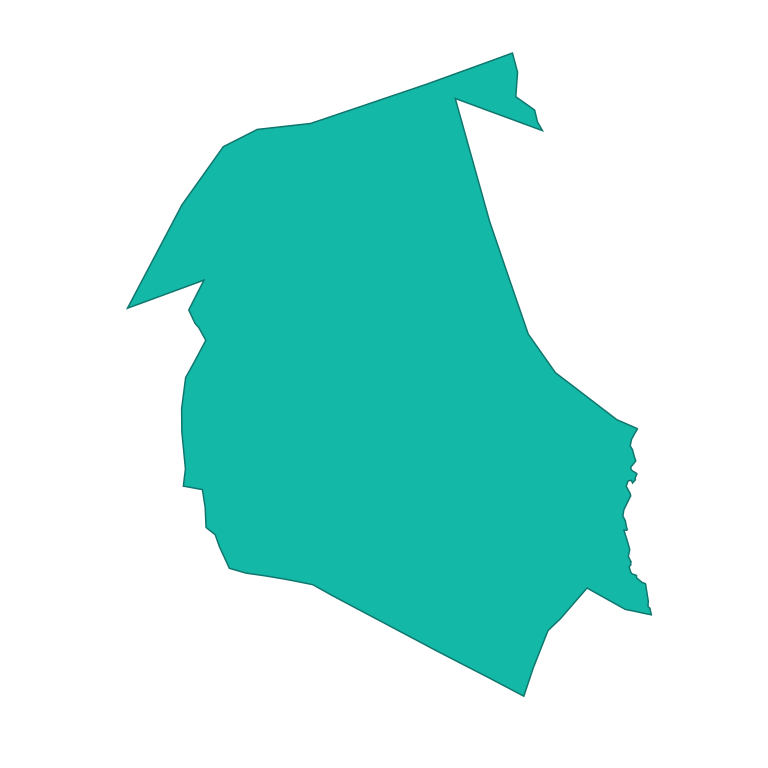 the district of Yaxe, Oaxaca, Mexico, rotated 176°
{"feature_id": "50627088B44296897282663", "entity_name": "Yaxe", "entity_type": "district", "adm_level": 2, "iso_a3": "MEX", "parent_name": "Mexico", "parent_adm1": "Oaxaca", "projection": "albers", "projection_center": [-96.466, 16.708], "detail": "fine", "context": "isolated", "style": "filled", "palette": "teal", "viewbox_px": 768, "rotation_deg": 176, "n_neighbors": 0, "source": "geoboundaries", "source_scale": "gbopen_adm2", "svg_char_len": 1643}
<svg xmlns="http://www.w3.org/2000/svg" viewBox="0 0 768 768"><g transform="rotate(176 384 384)"><path d="M634.6,477.5L556.3,500.2L568.2,480.5L573.6,471.4L568.2,457.5L564.8,453.1L558.7,440.0L571.2,420.0L581.4,404.3L587.6,373.5L589.0,350.1L588.0,313.2L591.3,296.1L572.5,291.3L571.0,273.3L571.5,253.3L562.9,245.4L559.5,233.1L551.1,210.9L534.6,204.9L516.8,201.1L497.1,196.4L486.9,193.7L469.1,188.8L450.3,176.5L366.8,124.5L350.3,114.2L325.3,99.0L299.4,83.3L266.3,62.8L254.9,90.4L238.6,124.5L237.6,126.6L224.3,137.6L195.7,166.3L159.0,142.3L151.3,140.2L149.6,139.7L139.3,136.7L133.4,135.1L134.4,141.8L136.1,143.4L135.9,146.2L135.5,148.2L135.6,149.9L136.9,164.6L136.9,165.6L137.2,166.6L140.4,168.0L145.6,173.1L145.5,175.4L150.0,177.4L151.1,179.4L152.2,184.7L150.4,186.3L150.4,187.5L150.4,188.7L149.9,189.3L149.9,189.5L150.1,189.6L152.3,194.9L151.2,199.0L150.4,201.8L151.8,208.5L154.2,218.7L154.9,221.6L152.0,221.2L151.4,221.9L152.2,224.8L152.2,225.2L152.9,231.0L154.9,235.6L153.5,241.8L146.5,253.9L145.7,255.1L145.9,256.4L146.1,257.7L149.5,265.0L147.4,270.2L145.8,270.5L143.9,270.6L143.0,267.9L141.4,269.5L139.9,270.9L140.0,272.9L137.9,276.7L139.4,278.1L142.2,279.9L143.3,281.3L143.5,282.1L143.5,284.4L142.2,285.3L138.2,289.7L139.5,294.7L140.7,301.1L142.7,305.1L141.0,311.4L137.1,317.5L134.3,321.5L135.0,322.1L154.3,332.2L201.8,374.2L202.1,374.4L212.2,383.3L236.6,423.7L251.3,478.5L267.3,538.8L293.0,663.8L208.3,625.7L212.6,634.7L214.6,646.7L232.5,661.4L229.0,685.7L232.8,705.2L265.6,695.8L321.0,680.0L405.9,657.7L439.2,649.0L451.8,648.5L492.6,646.8L527.7,632.0L573.0,576.9L634.6,477.5Z" fill="#14b8a6" stroke="#0f766e" stroke-width="1.5"/></g></svg>